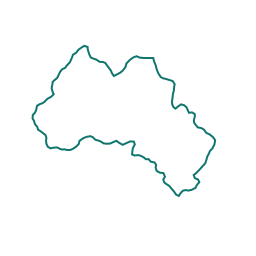 Juruaia, Minas Gerais, Brazil (Albers equal-area conic projection), rotated 43°
{"feature_id": "56859067B3043331336620", "entity_name": "Juruaia", "entity_type": "district", "adm_level": 2, "iso_a3": "BRA", "parent_name": "Brazil", "parent_adm1": "Minas Gerais", "projection": "albers", "projection_center": [-46.523, -21.229], "detail": "fine", "context": "isolated", "style": "outline", "palette": "teal", "viewbox_px": 256, "rotation_deg": 43, "n_neighbors": 0, "source": "geoboundaries", "source_scale": "gbopen_adm2", "svg_char_len": 2217}
<svg xmlns="http://www.w3.org/2000/svg" viewBox="0 0 256 256"><g transform="rotate(43 128 128)"><path d="M49.5,183.4L51.7,186.1L54.2,186.8L57.3,188.6L60.9,189.1L63.5,190.6L66.2,190.0L69.3,189.7L72.5,189.4L75.1,190.9L76.8,193.3L79.1,195.2L82.1,196.4L85.1,195.8L86.8,193.4L89.3,190.6L92.3,189.7L94.5,188.7L96.1,186.9L98.6,185.5L100.9,183.2L101.9,180.7L102.8,177.1L102.9,173.4L101.3,170.4L102.3,165.7L104.1,162.2L106.1,159.6L108.7,158.7L112.1,158.9L114.9,157.4L117.9,156.3L120.4,156.0L122.9,154.3L125.6,151.5L127.0,147.9L128.3,145.3L131.6,144.9L135.6,143.9L137.2,139.9L138.9,136.1L141.6,134.0L144.1,135.3L145.3,139.4L147.3,142.4L149.1,144.6L151.7,143.5L154.0,140.8L156.4,139.6L159.3,138.8L162.4,138.6L164.4,136.7L167.6,137.1L170.9,135.1L173.7,135.8L175.2,138.1L178.2,139.8L181.7,139.0L184.6,136.8L188.2,138.4L189.0,141.7L191.7,143.1L194.4,142.8L197.6,142.2L201.2,142.7L205.1,143.1L208.4,143.9L211.5,143.1L210.8,139.3L211.0,136.2L212.6,134.0L214.8,132.6L216.7,129.9L218.2,125.7L217.2,122.4L217.1,119.0L214.4,117.9L211.1,119.1L208.1,117.6L208.6,114.8L208.7,112.0L208.7,108.5L208.6,105.4L208.6,101.2L206.9,97.6L205.3,94.4L204.7,91.7L203.6,89.0L203.7,85.5L202.4,81.1L200.1,77.5L196.4,76.7L192.1,77.0L188.5,78.2L184.8,77.4L181.7,78.0L178.6,80.0L175.2,79.5L172.7,79.0L170.7,77.2L169.1,74.0L167.3,72.3L164.2,72.9L162.2,75.3L160.0,74.4L156.9,73.0L153.8,73.0L150.7,74.5L149.9,78.3L149.5,81.4L147.0,81.7L144.5,80.7L142.3,78.9L140.3,76.0L138.5,73.6L137.0,71.3L135.8,69.0L134.1,67.0L132.2,64.1L128.6,63.2L125.3,64.8L122.0,66.4L119.6,67.8L117.1,68.4L112.8,67.3L109.1,65.6L105.4,63.2L101.6,61.5L98.8,59.6L95.4,62.7L92.0,65.9L88.6,68.5L85.3,69.7L83.7,72.9L82.9,77.3L82.9,81.9L84.6,85.2L85.0,89.2L84.6,92.9L83.4,96.2L82.2,99.6L79.0,98.9L76.6,97.8L73.7,97.2L69.9,96.5L67.1,95.9L64.6,96.8L62.3,98.9L58.2,99.6L55.5,100.8L52.9,101.8L50.0,100.8L47.4,99.4L45.0,98.0L43.2,96.3L40.0,97.7L39.1,101.0L38.4,104.4L38.7,108.5L37.8,111.9L39.2,115.3L40.7,119.7L40.6,123.5L41.0,126.9L39.8,129.9L40.0,133.1L41.2,136.8L42.1,139.9L41.6,143.0L41.5,145.6L43.3,148.2L45.0,151.0L47.7,152.7L50.6,153.9L50.5,157.5L49.1,161.7L49.1,165.4L48.6,168.1L47.2,170.7L46.3,173.8L48.6,177.5L49.5,180.4L49.5,183.4Z" fill="none" stroke="#0f766e" stroke-width="2"/></g></svg>